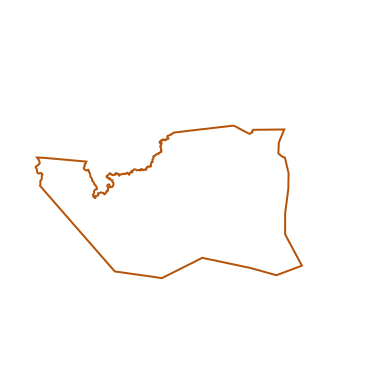 the district of Dulce Nombre de Culmi, Olancho, Honduras, rotated 139°
{"feature_id": "27666195B72562154839723", "entity_name": "Dulce Nombre de Culmi", "entity_type": "district", "adm_level": 2, "iso_a3": "HND", "parent_name": "Honduras", "parent_adm1": "Olancho", "projection": "orthographic", "projection_center": [-85.246, 15.042], "detail": "fine", "context": "isolated", "style": "outline", "palette": "amber", "viewbox_px": 384, "rotation_deg": 139, "n_neighbors": 0, "source": "geoboundaries", "source_scale": "gbopen_adm2", "svg_char_len": 5939}
<svg xmlns="http://www.w3.org/2000/svg" viewBox="0 0 384 384"><g transform="rotate(139 192 192)"><path d="M157.4,64.3L150.1,96.4L149.4,99.1L135.7,114.8L117.1,131.3L106.8,142.8L99.3,157.0L99.7,157.6L100.3,158.7L100.8,160.0L101.1,161.6L101.1,162.9L101.4,163.4L101.5,163.7L101.5,164.2L101.4,164.5L101.1,164.9L100.6,165.5L100.2,166.0L99.5,166.5L94.1,172.3L81.4,178.7L104.9,198.7L105.2,198.6L106.1,198.7L106.3,198.7L106.7,198.4L107.1,198.2L107.2,197.5L107.3,197.4L108.8,197.9L110.0,198.0L110.5,198.2L113.5,205.7L116.6,213.9L117.9,215.4L144.0,233.3L166.8,248.8L167.2,248.7L167.6,248.9L168.2,249.0L168.6,248.9L169.3,249.1L169.6,249.0L169.9,249.3L170.0,249.3L170.6,249.2L171.2,249.3L171.4,249.4L171.7,249.6L172.3,249.8L172.8,250.1L173.5,250.3L173.9,250.3L174.2,250.1L174.5,249.8L174.6,249.0L174.5,248.2L174.7,247.8L174.9,247.7L175.6,248.2L176.4,248.5L176.9,248.8L177.2,248.9L177.6,248.9L177.5,248.6L177.6,248.4L177.9,248.4L178.1,248.5L178.8,249.2L179.1,250.0L179.3,250.7L179.5,250.9L180.2,250.9L180.6,250.5L180.8,250.4L181.1,250.6L181.7,251.3L181.9,251.3L182.4,251.0L182.7,251.1L183.0,251.1L183.2,250.6L183.9,250.7L184.0,250.6L184.1,250.4L184.0,250.2L183.6,250.0L183.5,249.5L182.9,249.5L182.8,249.4L182.9,249.2L183.3,249.2L183.1,248.9L183.1,248.6L183.7,248.5L184.0,248.0L184.1,247.9L184.6,247.8L185.3,247.7L185.2,247.1L185.4,246.9L185.8,246.8L186.3,246.8L186.4,246.7L186.5,246.6L186.5,246.0L186.7,245.6L187.0,245.0L187.4,244.6L187.3,244.1L187.7,243.6L188.3,243.4L188.4,242.8L188.7,242.5L188.9,242.5L189.1,242.5L189.1,242.9L189.2,243.0L189.4,242.9L189.7,242.6L189.9,242.7L191.1,242.9L191.7,243.3L191.9,243.2L192.4,242.8L192.5,242.9L192.9,243.3L193.1,243.5L193.9,243.4L194.6,243.9L195.4,244.0L196.3,243.6L196.8,244.0L197.5,244.3L197.8,244.2L198.0,243.6L198.7,243.2L199.2,242.6L200.1,242.6L200.6,242.4L201.2,241.6L201.7,240.8L201.9,240.6L202.0,240.6L202.4,241.2L203.0,241.1L203.2,240.9L203.4,240.7L203.9,240.4L204.4,240.2L204.6,240.1L205.1,239.6L205.9,238.6L206.2,238.4L206.5,238.4L207.0,238.5L207.1,239.2L207.5,239.4L208.3,239.6L208.6,240.2L208.8,240.3L209.6,240.0L209.9,240.0L210.5,240.1L210.8,239.5L211.0,239.4L211.5,239.5L211.7,239.4L211.9,239.3L212.0,239.1L212.6,239.1L212.7,239.3L212.8,239.8L213.2,240.1L213.6,240.4L214.4,240.4L214.7,240.6L214.7,240.8L215.0,241.1L215.2,241.4L215.1,241.7L214.9,242.2L215.0,242.3L215.1,242.5L215.3,242.6L215.8,242.6L216.0,242.5L216.2,242.2L216.3,242.1L216.8,242.1L217.1,242.3L217.1,242.9L217.1,243.1L218.5,244.0L219.4,244.5L219.5,244.7L219.6,245.5L219.8,246.0L220.7,246.8L221.0,247.1L221.3,247.1L222.0,247.1L222.3,246.9L222.9,246.9L223.1,247.0L223.6,247.3L223.8,247.4L223.9,247.2L224.0,246.3L224.1,246.1L224.5,246.2L224.7,246.8L224.9,247.0L225.0,247.1L225.5,247.1L226.0,247.2L226.8,246.9L227.7,246.3L227.9,246.2L228.1,246.3L228.2,246.5L228.2,246.9L228.1,247.1L227.7,247.6L228.0,248.4L228.2,248.9L228.5,249.1L228.8,249.2L229.1,249.1L229.5,249.1L229.8,249.0L230.1,249.0L230.6,249.7L231.1,249.9L231.6,250.2L232.0,251.0L232.7,251.3L233.7,251.5L234.1,251.8L234.4,252.2L234.7,252.4L235.2,252.4L235.9,252.1L236.2,252.1L236.3,252.4L236.1,252.9L236.0,253.3L235.6,253.6L236.6,255.7L236.9,255.9L237.1,256.0L237.6,255.3L237.7,255.2L237.9,255.2L238.0,255.3L238.4,256.0L238.6,255.9L238.9,255.7L239.2,255.7L239.5,255.9L239.9,256.4L240.5,256.4L240.8,256.8L240.9,257.4L241.3,257.8L241.4,258.0L241.5,258.3L241.3,259.1L241.6,259.8L241.9,260.1L242.7,259.9L244.7,259.8L245.0,259.7L245.3,259.4L245.5,259.4L245.7,259.5L246.0,259.9L246.3,259.7L246.6,258.9L246.6,258.7L246.6,258.4L246.1,257.7L245.9,257.1L245.1,256.5L245.1,256.4L245.1,256.2L245.9,256.0L246.0,255.9L245.9,255.8L245.2,254.6L245.0,253.4L244.5,253.0L245.1,252.7L245.3,252.2L245.4,251.6L245.2,251.0L245.2,250.8L245.3,250.6L245.7,250.2L246.0,249.5L246.3,249.2L247.0,248.9L247.6,248.4L248.8,248.2L249.3,248.3L250.2,249.1L250.4,249.3L250.5,249.5L250.4,249.7L249.9,250.8L249.8,251.2L249.6,251.8L249.7,252.0L249.9,252.4L250.1,252.5L251.1,252.6L251.5,252.4L252.0,252.2L252.1,251.9L252.2,251.5L252.5,249.8L252.7,249.7L253.2,249.5L253.6,249.2L254.3,248.5L254.7,248.3L254.8,248.2L255.0,248.2L255.3,248.7L255.7,248.8L255.9,248.7L256.6,248.0L257.5,247.9L258.2,247.6L259.5,247.6L259.7,247.8L259.7,248.0L259.4,249.0L259.5,249.3L260.2,250.4L260.7,250.8L261.2,251.6L261.4,251.7L261.7,251.8L262.8,251.9L263.0,252.1L263.7,252.7L263.8,252.6L263.8,252.2L264.0,251.7L265.0,251.1L265.7,251.2L267.5,252.3L268.0,252.4L268.2,252.5L268.4,252.3L268.5,252.0L268.5,251.7L268.5,251.3L268.5,251.1L268.8,250.9L269.0,251.0L269.2,251.3L269.5,253.0L269.2,253.8L268.7,254.8L268.3,254.9L267.5,255.1L267.1,255.3L266.4,255.5L265.8,256.5L265.6,256.7L265.3,256.9L264.8,257.0L264.1,257.3L263.7,257.3L263.3,257.3L263.1,257.2L262.5,256.7L262.1,256.6L261.8,256.6L261.6,256.9L261.4,257.3L261.2,257.6L260.8,258.4L260.4,259.5L260.6,260.6L260.6,261.8L260.3,262.3L260.0,263.5L259.9,264.3L259.7,265.0L260.0,265.9L260.0,266.2L259.9,266.4L259.2,266.9L259.0,267.1L258.7,268.2L258.6,268.6L258.6,269.0L258.8,269.9L258.7,270.2L258.0,271.0L257.7,271.6L257.1,272.5L256.9,273.0L256.8,274.0L256.2,275.4L255.8,275.9L255.7,276.4L255.7,276.7L256.0,276.9L256.4,277.1L257.3,277.2L257.5,277.4L257.9,278.5L258.2,279.0L258.4,279.5L258.3,280.3L258.2,280.7L257.9,281.2L257.5,281.4L257.2,281.5L256.3,281.7L256.0,281.8L255.8,282.1L255.7,282.7L255.0,283.3L254.8,283.3L253.5,283.3L252.7,283.9L251.8,284.3L281.5,315.1L286.3,319.7L286.5,318.3L286.4,317.3L287.1,315.6L287.2,315.0L287.8,313.9L288.0,313.7L288.5,313.5L290.0,313.3L292.3,313.6L293.1,313.6L293.5,313.5L293.7,313.3L293.8,313.0L294.0,311.3L295.9,308.5L296.0,308.1L295.9,307.7L295.7,306.8L295.6,306.5L295.4,306.4L294.0,305.8L293.6,305.3L293.4,305.0L293.4,304.5L293.2,304.0L293.2,303.8L293.3,303.5L293.7,303.1L294.4,303.1L294.7,302.9L296.1,301.2L297.2,300.2L297.9,299.9L298.7,300.0L299.2,299.8L301.0,297.7L302.0,296.7L302.3,296.4L302.6,296.4L302.6,260.3L302.4,182.7L275.0,151.2L271.4,146.8L227.5,135.6L197.8,96.4L182.9,73.8L157.4,64.3Z" fill="none" stroke="#b45309" stroke-width="2"/></g></svg>